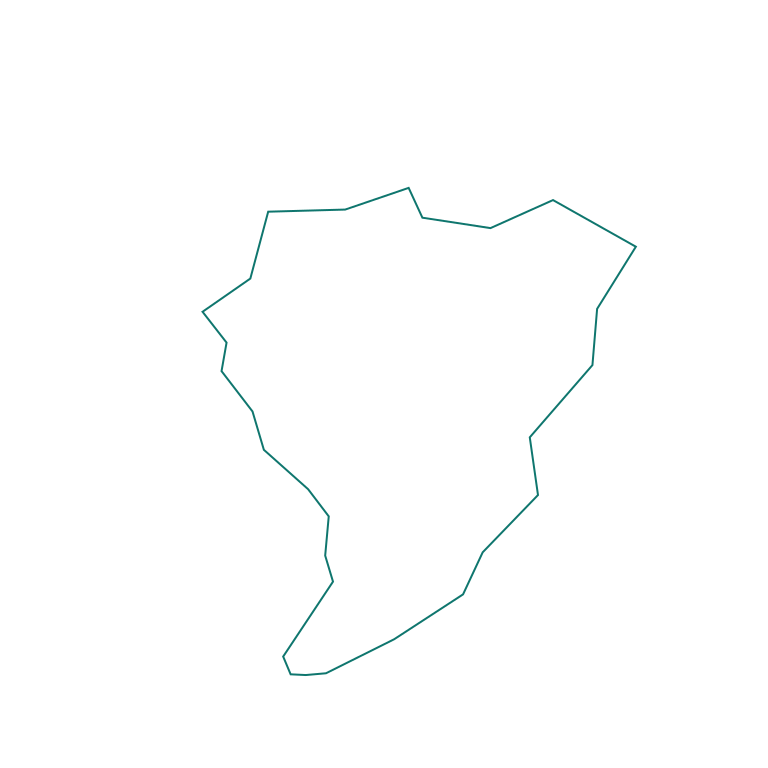 the border of Alsungas, rotated 314°
{"feature_id": "LVA-5710", "entity_name": "Alsungas", "entity_type": "Municipality", "adm_level": 1, "iso_a3": "LVA", "parent_name": "Latvia", "parent_adm1": "", "projection": "robinson", "projection_center": [21.529, 56.995], "detail": "fine", "context": "isolated", "style": "outline", "palette": "teal", "viewbox_px": 768, "rotation_deg": 314, "n_neighbors": 0, "source": "natural_earth", "source_scale": "10m", "svg_char_len": 514}
<svg xmlns="http://www.w3.org/2000/svg" viewBox="0 0 768 768"><g transform="rotate(314 384 384)"><path d="M287.6,587.0L207.4,568.6L135.6,543.2L120.3,529.9L110.3,518.5L117.9,500.8L206.4,484.6L219.7,460.9L250.4,436.2L255.6,402.5L253.2,343.3L272.9,308.5L280.4,258.2L304.4,242.0L309.9,203.3L367.0,214.6L427.5,181.0L482.5,234.9L542.2,265.5L530.3,296.1L570.1,352.3L633.7,377.8L657.7,469.8L586.1,485.1L542.4,520.8L446.9,525.9L411.1,571.9L331.5,571.9L287.6,587.0Z" fill="none" stroke="#0f766e" stroke-width="2"/></g></svg>